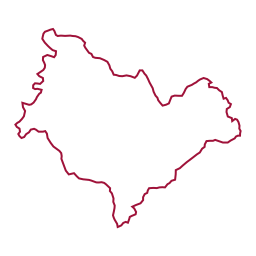 outline of Panamá, Goiás, Brazil
{"feature_id": "56859067B57498470655499", "entity_name": "Panamá", "entity_type": "district", "adm_level": 2, "iso_a3": "BRA", "parent_name": "Brazil", "parent_adm1": "Goiás", "projection": "orthographic", "projection_center": [-49.405, -18.21], "detail": "fine", "context": "isolated", "style": "outline", "palette": "rose", "viewbox_px": 256, "rotation_deg": 0, "n_neighbors": 0, "source": "geoboundaries", "source_scale": "gbopen_adm2", "svg_char_len": 2807}
<svg xmlns="http://www.w3.org/2000/svg" viewBox="0 0 256 256"><path d="M18.3,134.0L19.5,136.1L21.5,138.0L24.2,137.0L26.1,134.2L29.0,132.3L30.8,129.6L34.1,128.8L36.0,129.7L38.6,131.7L42.9,131.7L45.2,131.1L46.9,133.6L47.6,138.0L50.7,142.9L53.4,146.5L59.4,150.9L61.2,153.1L61.7,156.1L61.4,158.8L65.8,170.6L68.8,174.4L74.0,173.2L76.7,176.2L79.0,178.4L83.1,179.3L89.0,179.9L91.1,180.5L96.3,182.4L98.7,182.5L101.6,182.2L104.2,182.9L106.0,184.3L110.1,188.2L109.9,191.0L111.9,193.4L113.5,198.4L113.3,201.9L114.7,205.5L114.5,208.1L113.8,211.7L113.0,215.3L113.7,217.5L114.6,219.6L117.1,223.8L117.7,227.0L121.3,225.4L123.3,222.9L125.7,221.9L127.9,222.7L129.2,219.1L129.8,216.9L132.0,215.8L135.6,214.3L136.1,212.0L134.2,208.4L132.3,206.7L136.0,205.0L140.5,203.3L143.1,200.1L143.1,197.2L144.7,194.1L147.2,192.9L147.8,190.4L149.1,188.2L153.4,187.9L156.8,188.1L159.4,187.4L162.4,187.2L165.0,187.4L167.5,184.2L169.5,183.1L171.5,180.8L175.1,179.7L175.7,174.3L175.8,170.1L179.8,168.2L182.9,165.4L186.8,162.1L192.9,157.5L197.0,154.3L199.8,152.5L202.1,148.7L204.6,146.9L204.8,144.4L206.5,141.1L209.8,140.8L213.0,140.8L215.2,139.9L222.8,142.5L227.8,142.5L230.7,140.5L234.7,138.4L235.9,136.6L237.8,135.7L240.0,135.7L240.1,133.4L240.6,131.0L239.3,128.6L239.5,125.7L238.5,122.1L237.1,119.7L235.1,118.9L232.2,121.1L231.8,118.1L227.8,116.5L226.5,112.0L226.8,109.0L229.8,107.1L230.9,104.1L228.6,102.7L227.7,100.3L226.0,97.9L223.6,98.7L222.6,95.3L221.9,92.1L219.2,90.3L216.9,88.0L214.7,87.8L212.2,87.1L209.3,87.1L208.8,83.8L211.3,82.5L209.7,81.0L207.2,79.1L203.6,78.0L200.2,79.4L198.2,80.7L196.1,82.4L194.0,83.5L191.8,84.9L187.4,86.7L185.6,89.1L184.7,91.1L183.7,93.1L182.0,95.8L179.1,95.8L174.7,95.6L171.6,96.6L170.3,99.7L168.9,103.4L166.1,104.7L162.6,105.6L160.1,102.7L158.2,100.2L157.4,97.7L155.5,95.6L153.6,91.7L152.7,88.2L149.6,82.6L148.0,79.0L146.2,75.5L144.5,73.7L142.4,70.4L139.7,70.4L137.0,75.6L134.8,77.8L130.6,76.2L126.5,75.4L122.3,76.2L119.2,76.0L116.2,75.0L113.7,74.7L112.2,71.2L110.3,68.7L109.4,65.4L107.4,61.8L104.1,60.0L99.9,58.2L95.3,57.8L93.0,57.0L91.4,53.9L89.0,52.8L85.3,47.7L84.2,45.6L85.1,42.7L83.0,40.7L81.7,38.9L78.0,37.0L75.5,36.2L72.7,36.0L70.2,35.6L65.1,35.9L62.2,35.7L60.0,35.7L57.7,36.0L55.9,34.9L54.4,31.0L53.0,29.0L50.3,29.7L48.1,30.6L45.0,31.7L43.5,33.6L42.8,36.4L42.3,38.8L44.8,42.6L47.9,45.9L50.0,47.9L52.6,50.1L56.0,51.2L55.7,55.0L54.1,57.2L51.3,56.2L47.3,55.0L43.1,57.0L42.9,60.1L44.2,62.7L45.1,65.1L44.8,67.7L43.3,70.0L37.4,74.0L39.3,76.2L42.9,78.0L43.2,81.0L40.1,83.9L37.4,83.5L35.0,83.3L33.2,85.2L33.1,88.0L35.1,89.1L37.4,88.8L41.6,89.8L40.9,92.6L39.2,93.8L36.9,97.1L36.0,99.2L33.6,102.6L31.2,104.4L29.1,104.8L22.4,102.8L23.0,107.2L25.1,111.0L23.9,116.3L22.0,118.9L19.4,121.7L17.4,122.8L15.4,124.6L16.8,126.9L19.5,128.6L20.0,131.7L18.3,134.0Z" fill="none" stroke="#9f1239" stroke-width="2"/></svg>